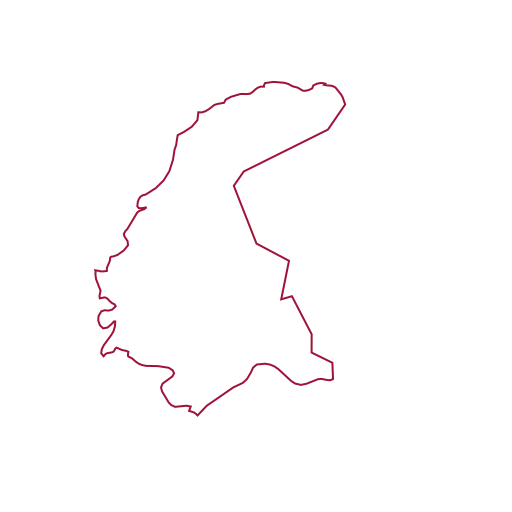 map outline of Lofa (Natural Earth projection), rotated 223°
{"feature_id": "LBR-787", "entity_name": "Lofa", "entity_type": "County", "adm_level": 1, "iso_a3": "LBR", "parent_name": "Liberia", "parent_adm1": "", "projection": "natural_earth1", "projection_center": [-9.763, 7.877], "detail": "fine", "context": "isolated", "style": "outline", "palette": "rose", "viewbox_px": 512, "rotation_deg": 223, "n_neighbors": 0, "source": "natural_earth", "source_scale": "10m", "svg_char_len": 2398}
<svg xmlns="http://www.w3.org/2000/svg" viewBox="0 0 512 512"><g transform="rotate(223 256 256)"><path d="M115.8,218.6L116.7,216.2L118.7,214.3L124.4,210.7L126.7,208.1L131.9,197.1L135.2,192.4L140.4,189.4L144.8,188.6L162.7,188.5L167.3,187.8L171.6,186.2L175.9,183.4L181.4,177.2L182.0,172.4L180.3,167.3L178.7,160.0L179.1,154.2L183.0,144.4L189.9,112.8L190.0,99.5L192.4,99.6L194.8,99.2L199.3,97.1L201.1,101.4L204.8,99.0L212.3,90.5L216.1,89.2L219.8,89.3L232.4,92.9L235.8,95.1L237.3,98.9L235.0,111.0L236.0,114.4L239.0,115.6L243.7,114.7L252.6,108.6L261.3,100.8L265.0,98.5L268.6,97.2L272.3,96.7L276.6,96.6L277.7,96.4L280.9,95.4L281.9,96.0L282.9,97.2L284.0,98.9L286.0,98.2L290.0,95.8L295.5,93.9L295.8,92.2L295.1,90.3L295.1,88.2L296.6,85.9L298.2,84.0L299.2,81.9L299.1,78.7L302.9,79.3L305.2,82.6L306.5,87.1L307.9,99.2L308.9,103.8L311.2,108.3L314.3,112.1L315.2,111.4L315.2,107.7L315.8,102.4L318.5,98.8L322.9,98.9L327.3,101.2L330.2,104.6L331.4,110.1L329.6,113.2L326.6,115.5L324.6,118.8L324.3,123.5L326.2,124.2L329.6,123.3L333.4,123.2L335.2,123.5L337.1,123.2L338.7,122.3L339.8,120.6L341.4,118.5L343.2,120.0L346.0,124.6L357.2,130.0L361.1,133.2L362.6,135.2L363.8,135.9L361.1,137.8L360.1,138.2L358.7,139.2L357.3,140.5L354.9,143.3L356.9,145.6L358.0,148.3L358.9,151.1L360.1,153.7L361.2,154.8L361.6,156.0L361.2,157.1L360.1,158.3L358.0,162.4L356.5,169.7L356.9,176.6L360.1,179.3L365.5,180.6L367.7,182.0L368.5,185.0L368.5,188.0L372.5,206.7L372.1,209.4L369.7,214.0L369.3,217.0L372.0,213.2L374.4,211.1L376.7,211.4L379.3,214.9L380.5,217.7L380.9,220.4L380.4,222.9L378.8,225.3L378.5,226.1L375.6,237.3L375.1,248.2L377.2,258.9L382.3,269.7L388.1,278.2L390.0,282.6L393.0,286.9L395.7,291.0L393.3,297.6L391.1,306.8L391.5,315.4L396.2,321.8L393.7,323.9L391.8,327.2L390.6,331.1L389.5,338.0L387.9,340.9L383.9,346.2L384.8,349.8L382.9,355.3L377.8,364.0L373.3,368.0L371.1,370.5L370.3,373.7L370.1,377.2L369.5,380.2L368.2,382.9L365.7,385.3L366.5,386.0L366.8,386.9L367.0,387.8L367.3,388.7L361.9,395.3L353.4,402.0L349.8,403.8L344.9,405.1L340.5,407.5L334.4,408.9L332.2,410.9L330.5,413.7L329.2,416.9L330.4,419.8L328.9,423.7L326.1,427.3L323.0,429.2L323.0,427.6L321.1,428.7L317.3,431.7L315.4,432.7L313.3,433.3L311.8,433.3L303.8,432.1L300.7,431.1L294.1,427.6L289.6,397.5L322.6,309.5L320.1,292.2L264.1,265.4L228.6,275.0L208.0,241.5L202.3,251.1L161.9,236.7L149.5,223.3L127.3,230.0L115.8,218.6Z" fill="none" stroke="#9f1239" stroke-width="2"/></g></svg>